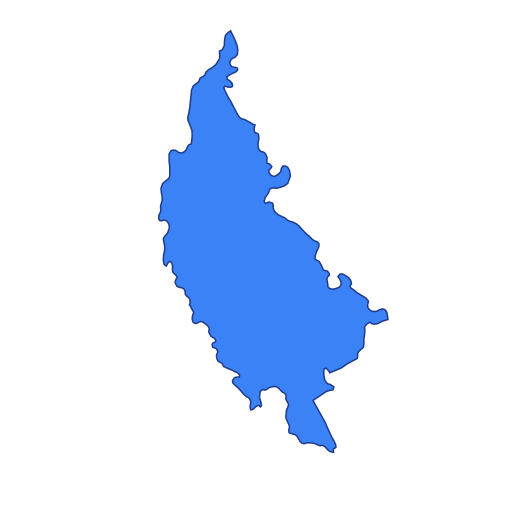 Mazyr, Gomel, Belarus (Robinson projection), rotated 241°
{"feature_id": "67162791B88851399193905", "entity_name": "Mazyr", "entity_type": "district", "adm_level": 2, "iso_a3": "BLR", "parent_name": "Belarus", "parent_adm1": "Gomel", "projection": "robinson", "projection_center": [29.026, 51.973], "detail": "fine", "context": "isolated", "style": "filled", "palette": "blue", "viewbox_px": 512, "rotation_deg": 241, "n_neighbors": 0, "source": "geoboundaries", "source_scale": "gbopen_adm2", "svg_char_len": 5650}
<svg xmlns="http://www.w3.org/2000/svg" viewBox="0 0 512 512"><g transform="rotate(241 256 256)"><path d="M136.5,340.6L139.5,341.8L143.4,343.1L145.4,343.0L146.9,342.5L148.6,340.7L149.2,337.4L149.0,334.9L150.4,332.0L151.3,330.9L153.4,329.4L156.6,328.8L158.9,329.7L162.0,332.5L166.3,331.6L171.0,328.8L175.5,326.3L177.5,325.6L179.6,324.7L182.1,323.4L184.4,323.8L185.3,326.0L188.8,327.0L192.4,326.4L195.4,324.9L198.0,323.2L199.5,321.0L198.3,317.7L196.0,318.0L192.4,317.9L189.6,316.4L188.5,314.5L188.5,312.3L189.1,308.8L190.3,306.2L192.1,304.5L194.4,304.0L195.9,304.8L198.6,305.8L201.9,307.1L203.0,308.6L203.6,311.0L205.0,311.5L208.1,311.2L209.3,309.7L211.3,308.2L216.9,308.7L220.7,308.6L222.9,307.1L224.6,306.1L227.5,307.9L230.2,310.8L232.0,313.2L233.8,315.6L236.1,317.0L238.4,316.6L241.1,314.5L243.0,313.4L248.3,311.9L251.0,310.7L256.8,309.2L261.5,308.2L264.9,306.7L268.4,304.2L269.5,302.7L272.3,300.8L273.5,300.5L275.8,299.4L279.0,297.1L281.2,295.4L286.4,293.7L289.6,294.4L293.2,296.1L294.5,295.9L297.0,293.4L297.3,290.0L299.5,289.4L302.5,292.1L303.6,294.4L305.3,297.7L307.8,300.3L307.8,302.9L306.3,305.3L305.1,307.3L303.9,312.5L303.6,315.7L304.1,318.9L306.6,321.8L309.2,324.8L314.4,326.7L318.3,326.7L320.7,325.1L321.6,323.0L320.1,320.5L317.8,318.5L316.9,315.8L316.5,312.7L316.8,310.2L319.5,308.2L322.6,307.8L324.8,308.6L325.2,310.7L326.4,313.1L329.6,312.6L332.0,310.6L334.6,312.0L336.7,313.4L339.9,313.8L342.4,313.4L343.5,312.7L345.0,311.0L348.0,310.1L351.2,311.1L353.9,312.6L356.5,314.9L358.8,316.2L361.2,317.1L363.1,316.4L363.9,315.0L365.6,315.0L367.8,315.8L370.3,317.8L371.0,318.7L373.3,316.9L376.2,315.2L378.4,313.8L380.9,312.2L382.9,310.0L384.9,308.9L388.4,308.5L392.7,308.6L397.1,308.7L404.1,308.9L408.2,308.6L413.1,308.9L416.5,309.0L418.8,309.4L419.7,310.8L418.6,312.2L417.0,313.7L415.9,315.7L415.7,317.3L416.8,318.4L419.5,318.8L422.5,317.8L424.1,316.6L426.6,317.2L427.1,319.3L427.2,322.5L426.8,327.1L427.3,329.6L428.3,330.6L430.0,330.6L431.5,328.6L433.1,326.7L435.1,326.2L438.0,326.8L439.9,329.4L440.2,331.5L440.0,333.9L441.0,337.0L442.5,338.3L444.9,339.9L449.0,341.4L453.5,342.2L457.1,342.5L460.0,342.7L463.9,342.8L465.3,343.0L464.9,339.2L463.8,336.3L461.1,333.9L458.0,331.8L455.5,330.5L452.8,326.6L452.8,323.5L452.9,323.3L449.4,321.7L446.4,319.9L443.8,315.4L442.6,312.6L442.0,309.2L442.0,305.6L441.4,302.1L439.1,299.0L438.6,296.2L438.8,293.5L436.5,290.8L435.9,289.2L435.6,286.3L435.1,283.5L432.2,279.9L428.0,277.1L422.7,273.3L418.3,270.3L414.1,267.0L410.1,263.4L407.7,262.3L402.9,261.7L396.6,260.8L392.0,258.4L387.6,255.4L385.4,253.5L385.8,251.3L384.4,248.5L382.8,246.7L382.0,243.9L381.9,241.4L382.8,239.9L384.4,238.4L387.4,236.9L388.9,234.7L389.2,232.5L387.3,229.4L381.1,226.0L375.6,223.7L371.3,221.3L367.6,219.2L366.0,217.2L365.7,215.1L365.2,211.8L364.6,209.4L361.4,205.8L357.5,204.0L354.2,203.0L350.3,201.0L345.7,196.5L342.7,195.3L340.8,193.8L339.5,191.9L338.0,190.2L335.5,188.9L333.7,188.9L332.5,190.5L332.3,192.4L331.3,194.0L329.6,195.0L327.9,195.2L325.4,195.1L322.5,193.8L320.7,191.7L319.5,190.4L318.4,188.5L317.8,186.3L316.2,183.5L313.4,182.3L308.6,180.9L306.1,179.5L303.2,177.1L302.3,176.1L299.1,174.0L296.0,172.3L292.9,171.5L290.7,172.8L292.2,174.8L292.9,176.3L293.1,177.8L291.4,178.9L290.5,179.0L286.6,177.7L285.0,176.4L282.1,175.5L279.1,176.1L278.0,176.7L275.5,176.9L274.4,174.7L272.7,172.8L270.9,172.2L267.6,172.3L265.8,173.6L264.6,175.1L263.7,176.1L262.5,176.9L261.3,177.0L258.9,176.7L257.8,176.1L257.1,175.7L255.3,175.7L253.0,176.6L251.6,177.1L249.8,177.0L246.7,175.6L245.7,174.1L243.8,174.4L241.5,174.1L238.6,174.2L236.6,174.1L235.7,172.7L233.8,170.9L231.6,169.5L228.3,168.9L226.3,170.2L225.8,172.3L225.8,174.6L225.3,176.1L224.4,177.2L222.4,178.3L220.6,179.1L218.6,179.9L216.3,180.2L214.5,179.6L213.5,178.5L211.7,177.7L209.6,177.7L207.6,177.7L205.6,178.8L204.3,179.7L201.6,180.0L200.6,178.8L200.7,175.7L199.8,174.6L197.3,173.9L195.8,175.1L194.3,176.3L192.4,176.5L190.6,176.0L189.9,175.2L188.7,173.7L187.6,172.9L185.7,172.1L182.3,171.8L178.8,174.2L174.9,174.2L172.9,175.6L170.6,177.4L168.4,179.3L164.8,181.6L163.4,183.0L160.0,184.0L158.3,182.9L159.0,181.2L159.9,179.0L159.6,177.2L158.4,175.0L156.1,174.2L154.1,174.7L151.5,175.6L149.5,176.4L146.1,177.2L141.3,178.1L138.0,179.3L136.1,180.5L134.3,181.2L131.1,180.9L129.9,180.1L127.5,178.0L125.0,177.0L123.7,177.0L123.4,179.3L123.9,181.2L124.3,182.7L124.3,185.0L123.8,186.1L121.8,186.8L122.6,188.3L126.1,189.6L130.4,190.4L132.7,191.9L134.8,193.5L135.9,195.0L135.9,197.0L134.5,198.6L134.0,200.8L134.5,202.7L134.3,205.0L133.6,207.0L133.0,208.8L131.5,210.7L128.8,212.0L126.7,212.3L124.2,213.1L122.8,214.1L120.7,214.8L118.4,214.2L117.0,212.9L114.8,212.6L111.9,212.7L110.3,212.5L108.0,210.2L107.0,208.4L103.5,205.9L100.2,203.8L96.2,203.2L93.7,203.1L90.6,202.7L89.2,201.4L87.6,200.1L85.5,199.3L84.4,199.8L83.4,201.0L82.0,202.3L80.9,203.5L79.3,204.3L77.8,204.6L74.7,204.6L72.4,204.6L70.1,205.4L68.6,206.8L68.1,208.7L67.7,210.4L66.5,212.4L65.4,214.1L64.1,215.9L62.1,217.4L58.8,220.2L58.8,221.5L56.9,223.3L55.2,224.0L52.7,224.5L50.6,225.2L49.3,225.9L47.3,227.8L46.7,228.6L49.8,230.2L49.8,233.1L52.2,234.2L56.0,234.5L61.1,234.5L68.7,235.0L76.6,235.8L84.5,235.8L90.3,235.8L95.8,235.8L102.0,235.8L103.4,251.3L102.7,255.4L101.6,258.3L103.7,260.7L107.8,258.6L109.5,256.7L113.7,255.9L119.5,257.8L124.3,260.7L123.9,262.9L120.2,263.9L118.1,263.9L117.4,269.8L116.7,276.3L117.4,283.0L117.4,291.0L117.3,294.8L118.7,296.1L121.8,297.8L122.8,299.9L123.5,303.4L124.2,305.8L127.3,308.0L131.1,310.1L134.5,312.8L138.3,315.2L141.4,316.6L142.8,320.1L142.8,323.5L140.4,324.7L138.8,326.8L137.9,329.5L137.7,332.6L137.7,335.0L136.8,339.0L136.5,340.6Z" fill="#3b82f6" stroke="#1e3a8a" stroke-width="1.5"/></g></svg>